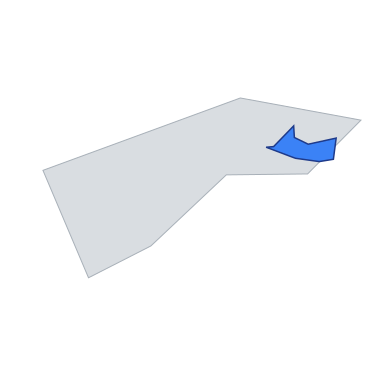 where Anse Royale sits in Seychelles, rotated 282°
{"feature_id": "SYC-5202", "entity_name": "Anse Royale", "entity_type": "state/province", "adm_level": 1, "iso_a3": "SYC", "parent_name": "Seychelles", "parent_adm1": "", "projection": "albers", "projection_center": [55.515, -4.746], "detail": "fine", "context": "in_parent", "style": "filled", "palette": "blue", "viewbox_px": 384, "rotation_deg": 282, "n_neighbors": 0, "source": "natural_earth", "source_scale": "10m", "svg_char_len": 459}
<svg xmlns="http://www.w3.org/2000/svg" viewBox="0 0 384 384"><g transform="rotate(282 192 192)"><path d="M294.0,219.7L297.4,342.3L233.7,301.3L215.9,222.0L130.7,163.0L86.6,108.6L182.2,41.7L294.0,219.7Z" fill="#d9dde1" stroke="#a8b0b8" stroke-width="1"/><path d="M277.8,277.7L266.6,280.8L262.9,295.7L274.7,321.8L253.4,323.5L248.2,310.1L246.5,286.2L247.3,280.7L251.2,255.2L253.4,262.4L277.8,277.7Z" fill="#3b82f6" stroke="#1e3a8a" stroke-width="1.5"/></g></svg>